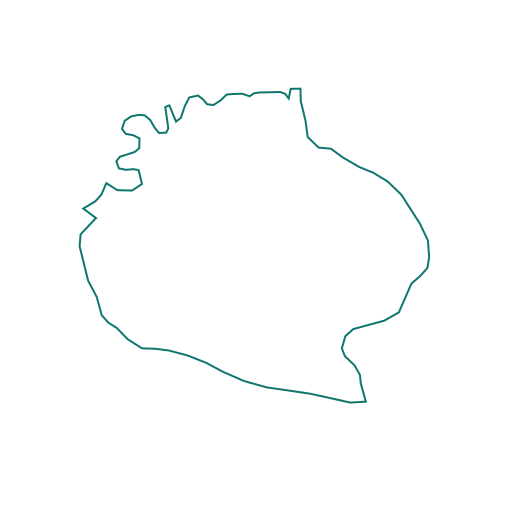 the border of Tainan City, rotated 68°
{"feature_id": "TWN-1160", "entity_name": "Tainan City", "entity_type": "Special Municipality", "adm_level": 1, "iso_a3": "TWN", "parent_name": "Taiwan", "parent_adm1": "", "projection": "orthographic", "projection_center": [120.249, 23.155], "detail": "fine", "context": "isolated", "style": "outline", "palette": "teal", "viewbox_px": 512, "rotation_deg": 68, "n_neighbors": 0, "source": "natural_earth", "source_scale": "10m", "svg_char_len": 1305}
<svg xmlns="http://www.w3.org/2000/svg" viewBox="0 0 512 512"><g transform="rotate(68 256 256)"><path d="M147.3,398.4L145.1,384.4L141.1,376.3L132.4,367.5L143.0,359.9L148.9,346.4L146.5,334.7L132.4,332.7L129.7,336.8L127.3,344.4L123.4,350.3L115.9,350.0L113.0,345.0L114.1,329.4L112.3,323.9L103.3,320.0L98.1,324.5L94.0,331.0L87.9,332.6L81.4,327.0L79.8,319.3L81.3,311.6L83.9,306.5L90.4,303.1L98.7,302.0L105.6,299.8L108.0,293.0L104.8,289.5L83.9,284.3L83.9,279.9L101.4,279.8L99.7,273.9L90.2,265.7L84.0,258.5L85.5,249.6L91.1,246.4L97.1,244.4L100.1,238.8L98.3,230.0L95.3,222.8L97.3,216.3L100.4,208.0L105.5,202.1L104.4,197.0L105.5,192.0L113.1,172.0L116.6,168.2L122.3,166.7L114.0,161.2L117.5,152.1L129.2,156.5L149.0,159.4L165.1,163.5L179.0,157.3L184.6,146.3L197.4,138.4L212.2,126.9L222.6,116.2L236.3,106.0L253.6,98.3L287.4,91.9L306.3,90.8L322.3,96.1L331.2,101.5L335.9,110.8L339.8,122.2L361.8,144.7L364.0,161.4L360.2,193.1L363.8,203.2L373.8,211.0L382.2,211.1L394.2,205.6L405.3,204.2L413.6,206.6L432.2,208.7L427.2,223.5L404.0,257.3L381.8,295.3L367.4,314.0L350.8,330.2L336.4,342.2L322.7,356.6L310.9,372.3L304.3,384.1L298.9,396.3L284.9,406.3L270.4,412.1L262.5,417.9L253.2,421.2L234.3,419.0L215.9,420.9L180.9,415.9L170.2,410.5L161.3,391.1L161.0,390.1L147.3,398.4Z" fill="none" stroke="#0f766e" stroke-width="2"/></g></svg>